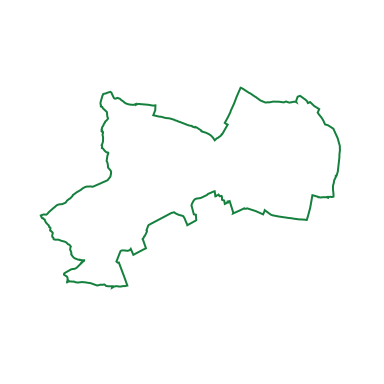 the district of Secuieni, Bacau, Romania, rotated 109°
{"feature_id": "2599482B43684925441609", "entity_name": "Secuieni", "entity_type": "district", "adm_level": 2, "iso_a3": "ROU", "parent_name": "Romania", "parent_adm1": "Bacau", "projection": "robinson", "projection_center": [27.105, 46.648], "detail": "fine", "context": "isolated", "style": "outline", "palette": "green", "viewbox_px": 384, "rotation_deg": 109, "n_neighbors": 0, "source": "geoboundaries", "source_scale": "gbopen_adm2", "svg_char_len": 6021}
<svg xmlns="http://www.w3.org/2000/svg" viewBox="0 0 384 384"><g transform="rotate(109 192 192)"><path d="M263.4,327.3L265.1,325.8L265.4,325.5L265.5,325.1L265.3,324.3L265.4,324.0L265.9,323.5L265.9,322.5L266.4,322.0L267.0,321.7L267.4,321.1L268.4,320.3L268.5,319.9L269.9,317.5L270.0,316.9L270.9,316.0L271.7,315.5L271.7,314.7L271.9,314.3L272.2,314.1L273.2,313.8L273.8,313.9L274.6,313.6L274.8,313.2L274.8,312.5L275.3,311.7L275.4,311.2L275.9,310.4L276.3,310.2L277.4,310.2L279.1,309.9L280.1,309.2L280.4,308.2L281.4,307.7L281.7,307.2L281.7,306.5L281.4,305.2L280.6,302.9L280.6,302.3L280.6,300.5L280.7,299.6L280.4,296.4L280.5,295.0L281.0,293.5L281.8,292.3L281.7,291.2L282.0,290.4L283.0,288.8L284.2,288.9L286.3,288.4L287.1,287.5L287.9,287.0L288.5,286.4L289.5,286.1L290.2,285.6L290.5,285.7L292.3,283.0L292.9,281.2L293.0,277.5L292.8,275.8L292.5,275.8L292.5,274.7L292.4,273.9L291.7,271.8L292.2,271.7L292.9,272.0L293.1,272.5L293.1,272.9L293.4,272.8L295.4,273.9L295.9,274.0L295.8,273.7L301.3,276.5L302.1,277.1L302.9,278.1L303.9,280.2L304.4,281.0L309.5,285.5L310.6,286.3L311.4,286.3L311.8,286.1L312.0,285.8L312.6,282.9L313.0,282.3L313.6,281.8L314.7,281.3L316.7,280.8L317.9,280.9L318.1,280.7L317.6,280.3L316.0,279.8L316.1,279.6L316.8,279.5L316.0,277.4L315.5,275.3L315.2,274.7L315.1,274.1L315.3,273.1L314.8,270.5L313.0,266.8L312.7,265.4L312.3,264.3L312.1,262.9L311.2,258.2L311.3,251.4L310.4,249.7L309.5,248.5L308.8,246.2L308.0,244.9L308.2,243.8L308.8,242.7L308.5,240.9L307.0,236.5L308.5,236.4L306.8,234.9L306.0,233.6L305.5,232.3L305.1,230.0L304.6,228.6L303.3,226.3L302.8,224.7L301.5,222.7L294.7,228.1L282.5,238.2L283.0,239.2L282.4,240.8L272.2,240.4L271.1,240.3L270.6,239.9L270.0,239.1L269.2,236.7L268.8,234.6L268.5,233.6L267.2,231.9L265.7,231.4L270.5,227.0L262.9,219.9L260.2,217.2L253.2,222.7L252.6,223.4L251.0,222.8L249.7,222.8L248.8,222.3L244.9,221.8L243.7,221.8L243.4,221.9L243.0,222.6L237.8,222.4L237.2,222.1L236.1,221.1L218.7,204.8L218.0,203.9L217.2,202.6L217.0,202.1L217.5,200.9L217.9,197.6L217.8,195.2L217.6,194.2L217.7,193.7L217.7,192.3L218.7,191.3L219.1,190.6L222.5,187.7L224.1,186.1L224.9,185.6L218.3,179.6L217.3,178.8L216.9,178.9L213.4,180.5L212.2,180.9L212.5,183.0L204.9,188.1L203.1,188.2L199.4,187.6L197.6,186.7L196.8,185.6L194.9,181.9L190.4,177.3L189.5,176.6L188.7,176.3L184.1,171.2L183.9,170.8L184.1,170.7L188.5,168.5L188.1,167.9L187.6,168.0L186.2,166.2L185.9,166.1L186.4,165.1L186.9,164.7L187.0,164.5L186.1,162.8L186.3,162.5L187.1,162.0L189.5,161.1L189.7,160.7L189.5,159.3L189.6,158.8L192.6,157.1L191.5,156.0L190.8,155.7L190.3,154.5L190.1,154.5L189.3,155.1L188.7,154.1L188.5,153.5L188.4,153.4L197.9,146.4L198.3,146.2L198.9,146.2L194.0,140.9L190.4,137.3L190.7,136.6L189.9,134.9L189.5,134.5L189.3,125.6L190.0,117.5L186.5,117.2L185.5,117.3L187.7,110.3L187.8,109.3L187.8,108.2L186.9,101.8L184.9,91.2L184.7,90.8L184.4,89.0L183.8,85.6L183.2,82.6L181.5,76.6L181.1,74.4L176.9,74.5L168.6,75.1L155.8,77.1L155.5,71.6L155.8,71.2L155.8,70.7L155.5,70.4L155.5,69.4L155.3,68.6L154.2,66.2L153.3,63.5L152.8,62.8L153.2,62.1L153.2,61.5L152.3,61.7L151.4,59.3L151.4,58.7L150.8,57.3L150.3,56.7L148.3,57.4L146.0,58.4L143.6,59.6L140.9,60.5L139.7,60.8L138.0,60.8L134.2,61.4L133.1,61.1L131.0,61.0L130.3,61.2L130.4,60.8L129.3,60.6L125.2,60.8L111.3,63.9L108.3,64.9L104.4,65.7L100.2,67.3L93.7,71.8L86.1,79.0L84.6,85.2L84.8,88.2L82.0,90.8L79.9,93.2L77.0,97.7L76.0,99.0L72.2,98.7L70.9,104.5L68.5,109.6L68.9,110.1L69.6,110.6L70.2,111.3L69.7,112.0L69.3,112.1L68.9,112.4L68.2,113.8L67.7,115.0L65.9,121.1L67.5,123.1L71.0,123.2L72.8,122.9L73.1,122.6L73.0,123.1L73.0,123.6L73.6,125.3L74.8,127.2L75.8,129.1L75.8,130.1L75.9,130.6L75.8,132.5L76.2,133.1L77.3,134.2L77.4,134.6L78.0,137.4L78.2,138.7L80.1,144.7L81.8,147.6L82.4,149.0L82.4,149.6L82.8,150.0L83.5,151.8L83.2,157.0L82.8,158.4L82.3,159.7L82.2,160.5L81.6,162.0L81.2,164.0L80.1,167.8L79.8,168.8L79.7,170.3L77.9,177.3L77.6,179.0L77.6,180.0L87.4,180.8L94.4,181.0L102.8,181.8L104.0,181.7L109.7,182.4L116.0,183.5L116.5,181.8L116.7,180.2L127.2,182.2L127.3,182.5L127.6,182.7L127.9,182.8L128.1,182.6L128.6,182.7L130.1,183.5L131.3,184.5L131.8,184.6L133.3,186.1L135.7,187.3L133.7,190.0L132.4,192.5L131.8,194.8L131.4,198.2L131.6,202.1L131.4,203.0L131.0,203.0L130.7,203.7L129.9,207.1L129.6,207.9L129.4,209.6L129.4,210.1L130.0,210.2L130.1,212.1L130.0,212.9L129.8,212.9L129.6,214.0L129.9,215.1L130.1,217.4L129.7,226.3L129.8,226.6L129.7,227.5L129.8,227.9L129.6,229.3L129.7,231.3L129.5,232.1L129.6,235.5L129.8,237.8L130.5,240.4L130.7,242.0L130.9,245.7L131.3,247.1L131.5,248.4L132.0,253.6L126.6,253.4L122.0,254.8L123.0,257.0L123.8,261.9L126.3,271.8L127.9,273.5L127.1,273.8L127.8,274.5L128.7,275.8L129.3,278.0L129.8,280.9L129.8,282.3L129.7,283.8L129.4,284.9L128.8,286.3L128.0,289.1L127.3,290.5L127.3,293.3L128.4,294.4L128.7,294.9L128.8,295.5L128.7,296.2L128.2,296.8L124.2,300.7L123.9,301.9L126.1,304.8L126.9,305.6L127.6,306.9L128.4,307.9L128.9,307.8L129.9,308.0L130.6,308.0L136.8,307.7L138.2,307.3L138.7,307.1L139.6,306.3L140.6,306.2L140.8,306.1L140.8,304.5L141.0,304.3L141.3,304.2L141.9,303.4L144.0,298.7L144.3,298.4L147.9,296.8L148.8,296.2L149.2,295.7L149.6,295.5L150.4,295.4L151.2,295.7L152.6,296.3L153.7,297.0L154.5,296.9L156.6,297.5L158.0,297.5L159.9,298.0L162.5,297.8L162.8,297.7L162.9,297.1L164.0,297.3L164.2,297.2L164.3,297.0L164.1,296.1L164.2,295.8L164.7,295.5L165.5,295.3L167.0,295.3L168.5,294.3L169.7,293.7L173.4,292.6L175.4,292.5L177.2,292.7L177.6,292.1L178.2,291.8L179.8,291.5L179.8,290.6L180.0,290.1L181.4,288.1L182.1,286.4L182.3,285.5L182.0,284.2L182.2,283.9L182.9,283.7L185.3,283.8L190.5,282.8L191.7,281.6L193.5,280.5L196.2,279.3L198.2,276.0L199.0,275.2L199.8,274.9L201.2,274.5L204.2,274.2L208.4,275.7L218.6,286.7L219.4,287.7L219.8,289.9L220.4,291.2L221.1,293.2L221.9,294.4L223.8,296.3L226.3,297.9L230.0,301.1L232.9,303.0L233.5,303.6L234.7,303.7L237.1,304.8L238.2,305.4L238.6,305.9L240.6,307.2L243.3,308.1L245.8,310.9L247.0,313.7L248.5,315.5L249.1,315.9L250.8,316.8L252.8,318.1L254.0,318.7L257.8,320.9L259.5,321.5L260.8,322.3L261.6,325.1L263.4,327.3Z" fill="none" stroke="#15803d" stroke-width="2"/></g></svg>